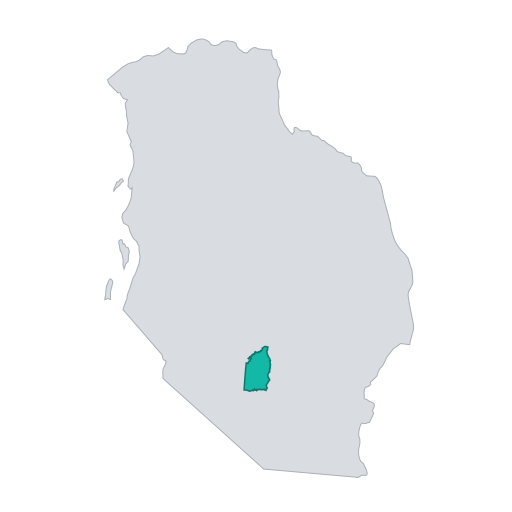 Meatu, Simiyu, United Republic of Tanzania shown in context, rotated 185°
{"feature_id": "72390352B64411652351957", "entity_name": "Meatu", "entity_type": "district", "adm_level": 2, "iso_a3": "TZA", "parent_name": "United Republic of Tanzania", "parent_adm1": "Simiyu", "projection": "equal_earth", "projection_center": [34.38, -3.507], "detail": "fine", "context": "in_parent", "style": "filled", "palette": "teal", "viewbox_px": 512, "rotation_deg": 185, "n_neighbors": 0, "source": "geoboundaries", "source_scale": "gbopen_adm2", "svg_char_len": 8286}
<svg xmlns="http://www.w3.org/2000/svg" viewBox="0 0 512 512"><g transform="rotate(185 256 256)"><path d="M198.7,377.1L193.9,373.7L189.6,371.7L186.1,369.4L184.5,367.2L181.1,366.3L178.3,366.0L175.6,363.9L170.1,363.1L169.5,361.8L169.4,358.7L168.4,357.9L166.4,357.2L164.3,357.2L163.0,357.6L162.2,357.4L160.4,355.6L158.8,353.3L158.1,349.7L155.6,347.4L152.7,345.5L144.7,345.7L143.4,345.1L141.5,343.3L139.3,340.3L137.5,336.8L135.9,332.1L134.2,325.7L124.9,300.3L123.9,295.4L122.1,290.1L119.2,283.6L116.0,278.7L111.8,274.3L106.9,269.9L104.3,266.9L99.3,254.9L98.3,249.3L97.5,243.5L97.8,241.1L100.9,233.6L101.2,231.5L100.8,228.7L99.3,222.7L97.3,215.5L93.4,202.3L92.8,198.9L92.8,196.4L95.1,183.0L95.1,181.1L104.3,181.4L111.1,175.5L116.9,166.7L118.1,163.0L120.5,157.4L122.8,154.6L123.7,152.6L125.1,147.0L128.2,143.2L131.2,140.3L130.5,138.2L131.0,137.4L132.6,135.9L135.8,134.6L136.4,131.6L136.4,128.3L135.9,126.4L136.0,124.3L135.5,123.1L133.4,122.8L130.3,121.1L127.7,120.4L125.9,119.4L125.3,118.7L125.0,116.7L126.5,111.6L125.0,109.5L128.2,100.9L128.8,99.9L130.0,99.8L131.8,98.8L133.6,98.4L135.0,98.8L136.0,98.4L136.9,97.4L137.7,94.5L138.3,89.7L138.0,85.8L136.6,82.7L136.2,78.1L136.9,71.9L136.4,66.7L134.9,62.5L133.4,60.1L131.1,58.9L127.4,52.6L126.3,49.5L126.5,47.6L127.8,46.8L130.1,47.1L132.3,46.4L134.3,44.6L136.3,44.1L137.3,44.4L229.7,44.4L337.5,125.5L338.0,126.4L338.8,133.4L338.6,135.8L337.0,139.8L336.5,141.9L336.5,143.4L336.9,144.0L338.3,144.2L339.5,145.1L339.9,145.9L340.8,148.9L342.0,150.4L382.9,190.1L383.8,190.7L383.2,194.1L380.9,202.2L380.8,205.5L379.9,209.5L379.0,212.1L376.6,223.5L374.6,227.7L371.9,237.7L371.4,245.3L372.9,250.6L373.4,255.6L376.6,260.5L379.1,262.3L380.8,264.5L383.8,269.6L385.5,274.7L390.9,277.3L393.1,283.0L392.3,287.0L389.7,290.2L387.4,295.6L385.4,302.5L385.3,313.2L386.6,311.6L389.5,314.2L389.8,322.0L386.8,331.1L385.9,335.4L385.7,339.1L387.8,350.0L391.1,355.6L390.8,357.3L390.0,358.8L395.5,368.6L395.0,377.1L397.0,383.8L397.9,389.6L399.2,394.0L399.5,397.0L397.7,400.4L401.8,401.3L404.2,404.0L405.3,406.7L408.2,406.6L409.8,408.4L412.0,409.9L417.1,414.3L418.4,416.5L419.2,418.7L405.2,432.7L400.2,436.3L396.6,438.0L392.8,438.9L389.1,441.1L385.7,444.6L381.3,446.3L375.9,446.3L370.3,448.7L361.4,456.0L356.3,452.0L352.2,450.7L347.6,450.8L344.8,451.3L343.7,452.2L342.8,454.6L342.1,458.7L339.0,462.5L333.7,466.2L328.7,467.6L324.2,466.7L321.2,465.2L319.6,463.0L317.3,462.0L314.2,462.2L311.2,463.7L308.3,466.6L303.8,467.9L297.6,467.5L294.3,466.1L293.8,463.7L291.1,460.8L286.1,457.6L282.5,457.5L280.1,460.6L277.9,462.6L276.0,463.4L274.3,463.5L271.7,462.6L264.9,462.3L258.4,462.4L257.7,457.9L256.4,455.2L255.2,453.6L252.9,453.2L252.3,451.9L251.6,449.1L250.5,446.7L249.0,444.7L248.1,442.9L247.8,441.2L248.0,439.4L249.4,434.7L249.8,431.6L249.7,428.3L249.0,425.0L247.4,421.1L247.6,419.9L247.1,417.2L247.0,415.3L247.3,413.0L247.0,409.9L245.7,403.3L245.7,401.6L244.3,398.4L239.9,390.8L239.7,389.8L232.9,382.2L230.2,380.5L229.2,382.0L228.9,383.3L229.2,385.7L229.0,386.9L228.7,387.5L227.1,387.4L226.1,387.1L223.5,385.1L221.5,384.6L216.5,385.0L214.8,385.4L213.4,385.0L210.8,381.5L207.7,380.7L204.9,380.6L200.3,376.6L198.7,377.1ZM391.7,249.4L394.0,257.8L393.7,259.4L392.1,260.4L391.2,260.5L390.3,259.1L389.6,256.3L388.4,256.9L386.3,253.6L384.3,253.4L382.5,249.3L383.2,245.8L382.8,239.8L385.0,236.7L386.3,231.5L387.7,235.1L388.0,240.6L389.9,247.1L391.7,249.4ZM402.7,199.2L402.9,201.2L402.4,203.1L402.5,209.1L402.3,213.0L400.6,218.5L399.3,220.5L398.0,219.9L397.0,219.0L396.3,217.5L397.9,207.4L397.1,200.0L400.2,200.7L402.7,199.2ZM397.8,320.7L396.2,321.2L395.6,320.7L394.6,319.0L396.3,317.6L397.9,314.9L401.8,310.9L403.6,307.7L403.3,310.8L401.1,317.6L399.2,318.1L397.8,320.7Z" fill="#d9dde1" stroke="#a8b0b8" stroke-width="1"/><path d="M253.4,155.2L253.5,154.8L253.6,154.4L254.2,153.8L254.8,153.4L255.0,153.1L255.1,152.7L254.7,153.4L254.4,153.3L254.3,153.1L254.2,152.9L253.7,153.3L253.6,153.2L253.3,153.4L252.8,154.0L252.7,154.3L252.5,154.2L252.4,154.3L252.3,154.1L252.2,154.1L252.1,153.9L252.3,153.8L252.3,154.0L252.4,153.8L252.4,153.6L252.2,153.5L252.2,153.3L252.0,153.1L252.3,152.9L252.4,152.6L252.5,152.6L252.5,152.4L252.5,152.0L252.6,151.8L252.6,151.7L252.7,151.4L252.8,151.5L253.0,151.2L253.2,150.8L253.2,150.7L253.6,150.7L253.8,150.7L254.0,150.1L254.2,149.9L254.3,149.7L254.4,149.4L254.6,149.2L254.6,148.8L254.6,148.7L254.6,148.4L254.8,148.1L255.3,148.3L255.6,148.6L255.8,148.6L256.3,148.5L256.4,148.3L256.5,148.3L256.4,147.3L256.4,144.4L256.5,143.6L256.4,133.0L256.4,132.5L256.4,131.9L256.2,121.5L255.1,121.6L254.3,121.5L254.1,121.5L253.9,121.6L253.6,121.6L253.4,121.5L253.1,121.4L252.1,121.2L251.9,121.1L251.7,121.0L251.3,120.9L251.2,120.9L250.9,120.9L250.7,120.8L250.6,121.0L250.2,120.9L249.9,121.1L249.5,121.1L248.9,121.5L248.7,121.5L248.2,121.7L247.9,121.6L247.5,121.9L247.4,121.8L247.2,121.8L246.9,121.7L246.9,121.8L246.7,121.9L246.7,122.0L246.6,122.3L246.4,122.4L246.5,122.5L246.4,122.5L246.2,122.8L246.2,122.6L245.8,122.5L245.7,122.5L245.6,122.4L245.4,122.3L245.1,122.5L245.1,122.4L244.6,122.4L244.4,122.3L244.2,122.5L244.1,122.4L244.1,122.6L243.9,122.5L243.7,122.6L243.5,122.4L243.3,122.5L243.2,122.7L242.9,122.7L242.9,122.8L242.7,122.6L242.4,123.0L242.0,123.1L241.9,123.2L241.6,123.3L241.4,123.5L241.1,123.4L241.0,123.5L240.9,123.4L240.7,123.3L240.4,123.3L240.3,123.2L240.1,123.2L240.1,123.3L239.5,123.3L239.4,123.5L239.2,123.3L238.8,123.4L238.7,123.3L238.4,123.3L238.2,123.3L237.9,123.4L237.7,123.4L237.5,123.5L237.4,123.5L237.2,123.6L237.0,123.8L236.8,123.6L236.6,123.7L236.4,123.7L236.2,123.9L236.1,123.7L235.9,123.5L235.3,123.2L235.1,123.0L234.9,123.0L235.0,123.2L234.9,123.2L234.8,123.3L234.7,123.3L234.5,123.6L234.4,123.8L234.3,123.7L234.3,123.8L234.2,123.9L234.2,124.0L234.1,124.3L233.7,124.7L233.7,124.8L233.4,124.9L233.4,125.1L233.4,125.6L233.5,126.1L234.1,126.7L234.2,127.2L234.7,128.3L234.1,129.0L233.2,130.7L232.7,131.9L232.5,132.2L232.5,132.5L232.3,132.7L232.0,133.0L231.7,133.2L231.6,133.6L231.6,133.8L231.9,134.5L232.2,134.7L232.3,135.0L232.5,135.1L232.6,135.3L232.8,135.3L232.9,135.5L232.9,136.1L233.0,136.3L233.4,136.4L233.6,136.9L233.7,137.1L233.7,137.3L233.9,137.5L233.7,137.8L233.8,138.2L233.8,138.3L233.8,138.5L233.8,139.2L233.7,139.3L233.6,139.8L233.5,140.0L233.4,140.1L233.3,140.6L233.0,140.8L232.9,141.2L232.8,141.4L232.7,141.4L232.6,141.5L232.3,141.6L232.2,142.0L232.4,142.4L232.5,143.0L232.4,143.4L232.5,143.6L232.3,143.8L232.2,144.2L232.3,144.4L232.6,144.5L232.6,145.0L232.6,145.5L232.2,145.7L232.3,145.8L232.1,146.3L232.1,147.0L232.4,147.5L232.2,148.1L232.0,148.9L232.0,149.1L232.2,149.3L232.3,149.3L232.7,150.0L232.6,150.3L232.6,150.5L232.5,150.8L232.5,151.0L232.7,151.3L232.7,151.5L232.8,151.6L233.0,152.1L232.9,152.2L232.9,152.6L232.7,152.7L232.6,153.1L232.8,153.1L232.7,153.2L232.9,153.5L233.0,153.7L233.1,154.0L233.2,154.5L233.3,154.6L233.3,154.8L233.5,155.0L233.8,155.2L233.9,155.4L233.9,155.5L234.1,155.8L234.3,156.1L234.5,156.3L234.6,156.5L234.6,156.4L234.7,156.6L234.8,156.6L235.0,156.6L235.3,157.1L235.2,157.4L235.3,157.6L235.3,157.8L235.5,158.1L235.7,158.4L235.8,158.5L235.9,158.8L236.1,159.0L236.4,159.8L236.4,160.0L236.5,160.4L236.5,160.6L236.7,161.0L236.7,161.3L236.9,161.6L237.0,161.8L237.1,162.0L236.9,162.5L236.4,163.0L236.4,163.3L236.4,163.8L236.4,164.0L236.4,164.7L236.3,165.0L236.3,165.4L236.2,165.6L236.2,166.4L236.9,166.4L237.2,166.5L238.7,166.7L239.7,166.5L240.0,166.2L240.6,165.4L241.1,165.1L241.7,164.9L241.8,164.6L241.7,163.9L241.6,163.5L241.6,163.1L241.8,163.0L241.9,162.7L242.1,162.5L242.2,162.3L242.8,161.9L243.0,161.4L243.3,161.3L243.3,161.1L243.5,161.1L244.0,160.9L244.0,161.0L244.2,160.7L244.3,160.7L244.5,160.6L244.9,160.7L245.0,160.5L245.4,160.7L245.6,160.5L245.5,160.3L245.6,160.1L246.0,160.1L246.1,159.9L246.2,160.0L246.3,160.0L246.4,159.8L246.5,159.8L247.1,159.8L247.3,160.1L247.5,160.3L247.9,160.2L248.0,160.3L248.1,160.0L248.4,159.7L248.5,159.8L248.5,159.7L248.6,159.8L248.7,159.6L248.7,159.4L248.8,159.4L248.8,159.1L249.1,158.8L249.1,158.5L249.2,158.1L249.2,157.9L249.3,157.9L249.3,157.7L249.5,157.7L249.7,157.8L249.8,158.1L250.1,158.2L250.8,157.5L250.8,157.3L251.1,157.1L251.3,157.2L251.4,156.9L251.1,156.8L251.2,156.1L251.4,156.0L251.5,156.0L251.6,155.9L251.8,155.8L251.9,155.7L252.2,155.4L252.3,155.6L252.6,155.7L253.1,155.3L253.4,155.2Z" fill="#14b8a6" stroke="#0f766e" stroke-width="1.5"/></g></svg>